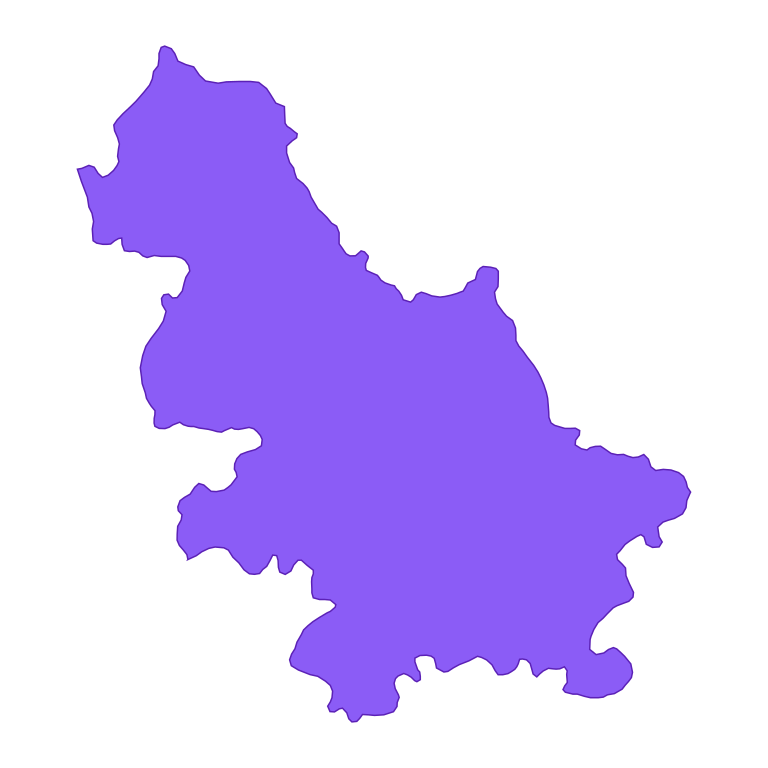 Svietlahorsk, Gomel, Belarus (Albers equal-area conic projection)
{"feature_id": "67162791B63369954237676", "entity_name": "Svietlahorsk", "entity_type": "district", "adm_level": 2, "iso_a3": "BLR", "parent_name": "Belarus", "parent_adm1": "Gomel", "projection": "albers", "projection_center": [29.503, 52.681], "detail": "fine", "context": "isolated", "style": "filled", "palette": "violet", "viewbox_px": 768, "rotation_deg": 0, "n_neighbors": 0, "source": "geoboundaries", "source_scale": "gbopen_adm2", "svg_char_len": 5904}
<svg xmlns="http://www.w3.org/2000/svg" viewBox="0 0 768 768"><path d="M284.4,106.6L275.8,103.1L270.1,93.9L266.6,88.6L258.7,82.4L250.4,81.5L238.9,81.5L226.2,81.9L218.2,83.2L205.5,81.0L199.4,75.2L193.7,66.9L185.8,64.6L177.9,61.1L174.8,53.6L171.3,48.7L164.7,46.1L161.2,47.4L159.0,53.5L159.0,58.8L158.1,65.8L153.6,71.5L152.3,79.0L149.6,85.1L143.9,92.2L135.9,101.4L130.6,106.6L123.1,113.6L117.3,119.8L113.8,125.0L114.6,130.7L117.7,137.8L119.4,144.0L118.5,148.8L117.6,156.3L118.9,161.6L117.1,165.5L113.6,170.4L108.2,175.2L102.5,177.4L98.1,173.4L94.2,167.2L88.9,165.4L81.8,168.4L77.4,169.2L81.3,181.1L87.4,197.2L88.9,207.0L92.0,213.3L93.6,221.5L92.3,229.0L93.1,240.7L96.6,243.1L102.8,244.3L107.2,244.3L110.7,244.0L114.6,240.8L118.6,238.5L121.7,238.1L122.1,244.4L124.4,250.7L129.5,251.5L134.6,251.1L138.9,252.3L142.8,255.9L147.1,257.5L154.2,255.5L161.2,256.4L169.5,256.4L175.8,256.4L181.6,258.0L185.2,260.4L188.7,265.5L189.8,271.0L185.9,277.3L184.3,282.7L182.3,291.0L177.2,297.6L172.5,298.0L168.5,294.1L163.8,294.8L161.5,298.4L162.2,304.6L166.1,311.3L163.3,321.1L158.6,328.6L151.1,338.4L145.9,346.2L142.7,355.6L140.3,367.8L141.5,376.9L142.2,383.6L145.3,392.8L146.5,398.4L149.4,403.4L151.4,406.4L155.0,410.7L154.9,414.7L154.2,418.3L154.1,423.1L154.9,426.3L159.2,428.4L165.0,428.6L169.2,427.2L172.8,424.9L179.8,422.2L183.4,424.7L188.1,426.2L190.9,426.5L193.9,426.5L199.0,428.0L202.8,428.5L208.3,429.3L212.6,430.3L217.1,431.6L221.6,432.1L224.4,430.6L231.5,427.6L234.5,429.1L238.5,429.4L242.6,428.7L249.1,427.4L253.7,428.7L257.2,431.7L260.4,435.5L262.2,439.5L261.4,445.8L255.4,449.6L247.3,451.9L240.7,454.4L236.9,458.6L234.7,463.9L234.4,469.2L236.2,472.5L237.1,476.8L231.1,484.8L228.0,487.4L224.2,490.1L216.4,491.6L211.1,491.3L207.9,488.6L203.8,485.0L198.8,483.5L194.7,487.3L192.7,490.3L190.2,494.1L184.6,497.3L180.1,500.6L177.8,506.9L178.3,510.7L182.0,514.7L181.2,520.0L177.7,526.3L177.2,534.1L177.1,540.2L179.4,545.5L183.4,550.1L186.9,554.6L187.9,559.4L187.8,559.6L196.3,555.7L201.7,551.8L208.8,548.4L215.1,547.0L223.9,547.8L228.4,550.1L232.9,557.2L238.9,562.9L244.0,569.8L249.4,573.8L254.5,574.3L259.6,573.5L262.7,569.5L266.7,566.4L269.9,560.7L272.7,555.1L276.7,555.6L278.1,560.5L278.4,567.3L279.8,572.1L285.2,574.4L290.9,571.0L293.7,565.0L298.0,560.2L301.4,560.2L307.1,565.3L313.3,570.2L313.3,573.9L311.9,577.6L311.6,581.8L311.9,588.9L311.9,592.9L313.3,597.8L319.5,599.5L324.7,599.5L330.3,600.0L335.8,604.6L335.2,607.2L330.3,611.4L327.2,612.8L319.5,617.4L313.0,621.6L308.1,625.6L303.6,629.9L301.3,634.7L297.0,642.1L295.0,648.7L291.6,654.1L289.6,659.8L291.3,665.7L298.4,670.0L310.1,674.6L317.8,676.3L325.5,681.2L330.3,685.4L332.6,691.1L332.0,697.7L330.3,702.0L327.7,706.2L330.0,711.6L334.5,711.9L339.4,708.8L342.5,708.2L346.8,712.8L348.8,718.8L351.9,721.9L356.8,721.4L359.6,718.5L362.5,714.5L368.2,714.8L374.5,715.4L383.9,714.8L393.5,711.7L397.0,706.5L397.2,702.5L399.2,697.4L398.4,694.8L395.2,688.6L394.1,683.2L395.5,678.6L398.1,676.0L403.8,673.5L407.5,674.9L411.2,677.2L414.6,680.6L416.9,681.7L420.3,679.7L420.3,676.3L419.7,672.0L417.7,669.8L414.9,661.8L414.9,658.1L420.0,655.5L426.5,655.2L431.1,656.1L434.2,658.3L435.7,663.7L436.5,668.0L443.9,672.0L447.9,671.4L453.6,667.7L459.3,664.6L469.0,660.8L477.5,656.3L481.5,657.4L486.6,659.9L492.0,664.8L495.2,670.7L498.1,674.7L502.9,674.7L508.0,673.6L511.4,671.6L514.8,669.3L516.8,666.7L518.2,663.8L519.6,659.3L522.5,659.0L526.5,659.8L530.2,663.5L532.2,670.6L533.1,674.0L536.8,676.9L539.6,674.0L543.3,670.9L548.4,668.3L552.7,668.8L556.1,669.1L559.8,668.8L564.4,666.8L567.2,670.8L566.7,674.5L567.3,682.5L564.7,685.9L563.0,689.6L565.3,692.2L572.8,694.1L577.3,694.1L584.4,696.3L590.4,697.7L598.4,697.7L603.3,697.1L607.5,694.8L614.4,693.6L622.2,689.1L625.1,685.3L628.5,681.5L631.4,677.6L632.5,672.3L630.8,663.9L624.6,656.3L621.1,652.9L616.7,648.9L613.4,647.6L608.5,649.5L603.8,653.0L596.1,654.6L589.7,649.4L590.1,639.6L591.0,636.3L593.8,629.5L598.0,622.6L603.1,618.2L607.2,613.8L609.2,611.8L613.2,607.8L617.0,605.7L623.6,603.2L628.8,601.3L633.0,597.1L633.5,592.4L629.1,583.3L626.0,575.7L625.5,568.0L622.4,564.4L617.5,559.6L616.6,554.3L620.1,550.7L625.0,544.5L629.8,540.9L636.9,536.4L640.9,534.6L644.0,536.8L646.3,544.3L652.5,547.4L659.1,546.9L662.2,542.0L659.1,536.7L657.7,527.0L663.0,522.1L668.3,520.2L674.5,518.4L682.5,513.9L686.0,507.7L686.8,500.6L689.9,493.5L690.6,492.1L687.4,487.4L686.1,481.9L683.6,476.5L678.6,472.6L671.0,470.0L663.3,469.4L655.7,470.5L650.9,466.8L648.4,459.2L643.8,454.5L638.3,457.0L632.9,457.6L627.9,456.2L623.6,454.4L617.4,454.8L611.0,453.4L604.6,448.9L600.6,446.2L595.3,446.4L590.1,447.7L587.0,450.0L581.4,448.8L575.2,444.9L575.6,440.1L579.3,435.0L579.7,430.6L575.4,428.2L570.8,428.4L564.8,428.4L554.7,425.4L551.0,422.9L548.9,417.3L548.7,411.8L548.3,406.4L547.6,398.2L546.3,392.4L543.8,384.8L540.9,378.0L538.0,372.2L533.7,365.4L527.3,357.2L522.9,351.0L518.8,346.1L515.9,340.6L515.9,335.2L515.5,328.0L512.6,320.6L506.5,316.2L503.2,312.3L497.1,304.0L495.5,298.8L494.5,292.1L498.0,286.6L498.3,278.6L498.3,271.2L495.9,268.5L490.6,267.2L483.1,266.5L480.0,268.4L477.5,271.5L475.4,279.5L471.7,281.2L467.8,283.0L465.3,287.6L463.2,291.1L459.8,292.3L457.1,293.4L450.9,295.2L444.9,296.5L440.0,297.1L431.8,295.9L426.0,293.6L421.3,292.2L416.3,294.6L413.3,299.8L410.6,302.1L403.2,299.8L401.5,295.3L398.8,291.2L396.2,288.7L394.5,285.8L391.0,285.0L385.0,282.9L380.9,280.1L378.9,277.2L377.4,275.3L370.9,272.5L366.3,270.4L365.5,267.5L365.7,263.4L366.9,260.8L368.1,258.0L368.2,256.1L364.5,251.9L361.1,250.9L357.4,254.2L355.5,255.8L349.9,255.9L346.1,253.8L344.1,251.0L342.8,249.0L339.1,243.8L339.1,238.3L339.1,232.7L336.6,226.2L331.6,223.2L327.1,217.7L321.6,212.2L318.1,209.2L311.1,197.1L309.1,191.6L307.1,188.1L303.1,183.6L296.6,178.5L294.6,172.5L293.6,168.0L289.6,162.5L286.6,153.0L286.6,146.0L292.1,140.9L296.6,137.7L297.2,133.8L294.3,131.7L290.6,128.6L287.2,126.4L285.1,123.3L284.7,114.7L284.4,106.6Z" fill="#8b5cf6" stroke="#5b21b6" stroke-width="1.5"/></svg>